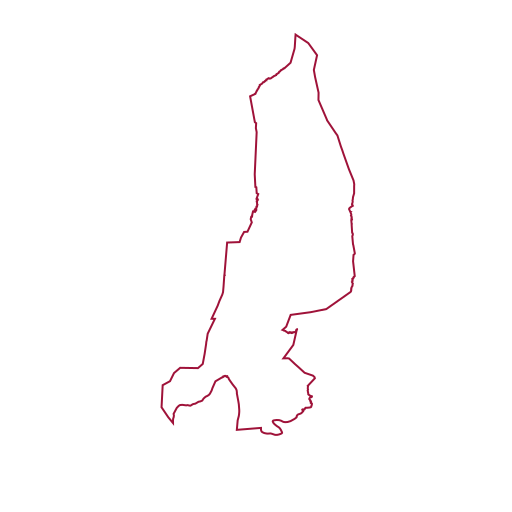 outline of Nord-Fron nor, Oppland, Norway, rotated 326°
{"feature_id": "86288312B59851098510460", "entity_name": "Nord-Fron nor", "entity_type": "district", "adm_level": 2, "iso_a3": "NOR", "parent_name": "Norway", "parent_adm1": "Oppland", "projection": "mercator", "projection_center": [9.499, 61.604], "detail": "fine", "context": "isolated", "style": "outline", "palette": "rose", "viewbox_px": 512, "rotation_deg": 326, "n_neighbors": 0, "source": "geoboundaries", "source_scale": "gbopen_adm2", "svg_char_len": 5950}
<svg xmlns="http://www.w3.org/2000/svg" viewBox="0 0 512 512"><g transform="rotate(326 256 256)"><path d="M142.9,389.4L164.0,401.3L163.0,402.8L162.7,403.6L162.6,404.1L162.5,404.6L162.7,405.5L163.7,407.2L164.4,408.0L165.6,409.2L166.7,410.0L168.8,411.2L169.7,412.2L171.6,414.7L172.0,415.1L173.5,416.1L175.2,416.8L176.8,417.2L178.0,417.4L178.7,417.2L179.0,416.7L179.4,413.9L179.4,412.3L179.3,411.6L179.0,410.5L178.3,409.0L177.6,406.8L177.3,405.6L177.1,404.5L177.2,403.2L177.3,402.6L177.6,402.3L178.1,402.1L178.4,402.1L179.6,402.6L181.4,403.5L183.4,405.0L184.7,406.6L185.6,408.3L186.1,409.0L187.3,410.1L189.4,411.3L192.3,412.2L196.8,412.6L198.8,412.5L199.4,412.4L200.0,411.9L200.0,411.7L200.7,411.2L201.3,411.0L202.3,410.9L204.9,411.6L205.8,411.6L207.1,411.4L207.9,411.1L208.3,411.1L208.4,410.9L208.2,410.5L208.3,410.0L208.4,409.5L208.5,409.2L208.8,409.2L209.3,409.4L209.5,410.1L209.8,410.3L210.5,410.3L211.8,409.6L212.4,409.6L212.6,409.7L213.0,410.1L213.5,410.4L215.7,411.6L216.8,412.0L217.4,411.9L218.0,411.4L218.4,411.0L219.1,410.6L219.4,410.1L219.5,410.0L219.8,409.6L219.7,409.4L219.3,408.7L219.2,408.4L219.5,408.0L219.9,407.7L220.1,407.7L220.2,407.3L219.9,406.8L219.9,406.6L220.3,406.5L220.4,406.3L220.2,404.9L220.2,404.3L220.3,404.2L220.9,403.8L221.9,403.5L222.4,403.8L222.9,403.7L223.2,404.0L223.7,403.9L223.8,403.8L223.9,403.6L223.6,403.3L223.5,403.0L223.0,402.6L222.6,401.8L222.6,401.5L222.1,400.5L222.0,400.0L222.1,399.6L222.6,399.0L223.0,397.7L223.4,397.2L223.5,396.6L223.7,396.3L224.4,395.9L224.6,395.5L224.7,395.0L225.6,393.8L226.2,393.2L226.3,393.0L226.3,392.6L236.4,390.3L236.8,389.1L236.3,387.0L231.0,380.0L229.1,372.1L227.9,367.5L226.1,359.5L225.1,358.5L224.6,358.2L221.5,356.2L237.2,350.6L248.6,339.9L248.9,339.9L249.0,339.7L248.7,339.6L247.8,339.9L247.2,340.6L246.5,341.2L246.4,341.2L246.1,340.8L244.7,340.5L244.5,340.2L244.4,340.0L243.9,339.8L243.7,339.8L243.4,340.1L242.7,340.0L242.2,339.6L242.4,339.3L242.4,338.9L241.9,338.6L241.6,338.1L241.3,337.9L240.8,337.8L240.6,337.8L240.2,338.3L239.8,338.2L239.5,337.8L239.4,337.5L239.5,337.3L238.5,335.1L238.5,334.6L237.4,333.4L237.0,332.5L236.7,332.1L241.5,331.5L251.8,324.2L269.8,333.1L284.6,339.3L314.2,338.7L314.8,338.5L315.0,338.4L315.2,338.1L315.5,338.0L315.7,337.8L315.9,337.4L316.1,337.2L316.2,336.9L316.7,336.6L316.9,336.0L317.2,335.9L317.8,335.4L319.3,334.7L319.5,334.3L319.7,334.2L320.4,333.3L320.8,333.1L321.0,331.2L321.8,331.0L322.0,330.6L322.0,330.4L322.3,330.3L322.8,329.3L323.0,329.4L323.2,328.9L323.5,329.0L323.8,328.9L324.0,328.9L324.5,328.4L325.0,328.5L325.3,328.0L326.6,327.9L333.5,314.7L337.5,309.6L338.7,309.5L339.4,309.1L342.7,301.5L343.0,300.5L346.9,293.4L348.1,292.6L348.7,291.6L348.8,291.0L348.7,290.5L352.8,283.5L353.2,283.2L353.4,282.9L353.3,282.7L354.9,279.8L355.3,279.8L355.5,279.6L355.4,279.2L355.5,279.1L356.1,279.3L356.2,279.2L356.3,278.0L357.0,277.5L357.2,277.1L357.1,276.7L357.2,276.4L357.4,275.6L357.7,275.6L358.3,274.7L358.9,272.2L359.1,272.2L358.9,271.9L359.4,269.1L360.0,268.7L360.7,268.5L363.0,268.4L364.3,268.5L364.4,267.1L364.7,267.0L364.8,266.5L365.8,265.8L366.7,264.8L367.1,263.9L368.2,262.9L368.6,262.3L369.4,261.4L372.4,258.9L376.4,253.0L377.6,251.4L379.1,247.9L381.6,235.9L385.7,220.0L386.6,216.8L387.7,212.4L390.9,201.6L390.8,198.2L390.8,183.2L391.0,182.7L395.0,161.6L399.2,155.6L405.1,140.6L408.0,134.1L418.9,123.7L418.4,108.7L412.6,94.6L411.1,96.5L405.1,104.3L403.8,105.8L392.7,115.1L384.9,116.2L384.7,116.1L384.5,116.3L384.0,116.2L383.9,116.0L383.5,115.9L383.3,115.9L382.7,116.2L381.3,116.0L381.0,116.1L380.7,115.9L380.4,115.9L379.2,116.4L378.3,116.2L377.2,116.9L375.9,116.8L375.5,116.9L374.7,116.7L374.5,116.8L373.9,117.3L373.7,117.2L372.5,117.1L371.1,116.8L370.7,117.0L369.4,116.9L368.4,117.0L367.6,117.0L366.7,116.7L366.0,116.2L366.0,115.7L365.5,115.6L364.2,115.6L363.8,115.7L363.2,115.5L362.8,115.8L362.7,116.1L362.3,115.9L361.6,115.9L361.3,116.1L361.1,116.0L360.8,116.2L360.2,116.1L359.8,116.3L359.0,115.9L358.0,116.3L357.1,116.5L354.8,116.3L354.7,116.5L354.6,116.8L354.2,117.0L353.6,117.3L353.4,117.3L353.1,117.6L352.7,117.6L351.9,118.3L351.6,118.5L350.3,118.8L349.6,119.4L348.9,119.5L348.6,119.8L347.4,120.4L346.4,121.1L346.0,121.0L345.9,121.2L340.4,120.3L329.9,144.4L330.4,146.0L327.4,149.9L325.8,153.7L300.6,187.6L294.1,198.4L294.6,198.9L294.7,199.2L291.7,204.3L292.5,205.9L288.6,208.7L289.2,209.4L289.1,209.9L288.9,210.1L288.7,210.2L287.9,209.4L287.7,209.0L288.7,210.6L287.0,211.4L287.1,211.7L285.6,214.1L285.8,214.3L284.7,215.3L284.6,215.5L284.2,215.7L283.9,215.5L283.6,216.1L282.5,216.7L282.1,216.4L281.0,216.9L281.5,217.4L282.1,217.8L281.8,218.2L279.9,218.9L279.6,218.4L279.1,217.9L279.0,218.0L278.4,217.4L275.2,220.4L275.3,220.5L274.7,221.2L274.0,220.8L272.2,222.5L271.3,225.8L262.5,231.1L259.6,229.4L253.9,232.3L250.2,235.3L239.6,228.7L219.6,253.6L219.4,254.3L219.0,254.2L211.9,263.3L208.4,267.6L206.4,269.2L200.6,272.8L196.4,275.8L184.1,283.2L186.8,285.1L172.5,293.4L167.9,298.4L166.8,299.4L165.4,301.1L158.7,308.4L151.5,315.7L145.2,316.5L130.6,306.3L122.6,307.2L114.7,311.7L106.4,310.9L93.1,328.6L93.1,340.6L93.8,348.1L95.3,345.8L95.9,345.1L96.5,344.4L97.5,343.7L98.7,342.4L99.2,341.3L99.4,340.8L105.4,337.6L108.2,337.0L109.7,337.1L111.7,338.2L114.6,340.8L115.8,341.3L117.7,343.3L118.7,343.5L120.5,343.5L121.3,343.7L123.2,344.5L126.8,344.7L128.5,345.4L130.0,345.7L130.6,345.8L132.7,344.9L134.5,344.6L135.8,344.5L137.5,344.8L139.3,344.8L140.8,344.4L144.0,342.7L146.1,341.1L150.4,338.4L152.3,337.2L160.8,337.7L160.8,337.9L161.0,337.9L161.3,337.7L161.4,337.9L161.6,338.0L161.9,337.9L162.0,337.8L162.5,337.7L163.2,338.0L163.4,338.1L163.5,338.3L163.8,338.5L163.8,338.9L164.0,339.4L164.3,339.2L164.5,339.3L164.2,339.5L164.5,339.9L164.5,340.3L164.9,340.8L165.0,341.2L165.0,341.8L164.7,342.8L164.7,344.9L164.8,349.3L165.2,354.5L164.9,356.2L164.7,356.8L163.7,358.7L163.3,359.2L160.0,366.8L158.8,369.4L156.0,374.3L155.0,375.8L153.4,377.8L152.2,379.1L148.9,382.0L142.9,389.4Z" fill="none" stroke="#9f1239" stroke-width="2"/></g></svg>